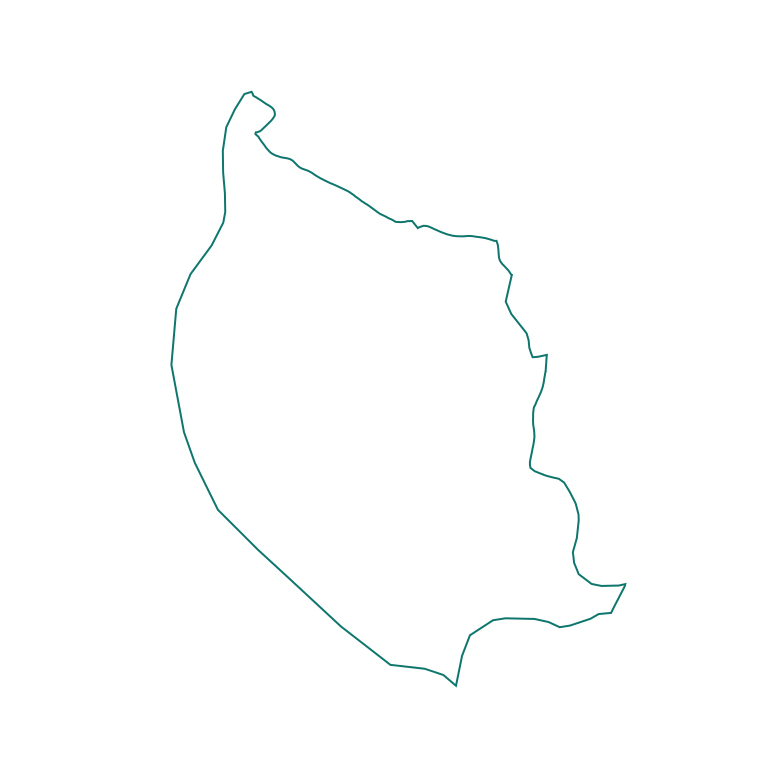 La Guerre, Dauphin, Saint Lucia (Natural Earth projection), rotated 171°
{"feature_id": "8701671B53039174443584", "entity_name": "La Guerre", "entity_type": "district", "adm_level": 2, "iso_a3": "LCA", "parent_name": "Saint Lucia", "parent_adm1": "Dauphin", "projection": "natural_earth1", "projection_center": [-60.926, 14.021], "detail": "fine", "context": "isolated", "style": "outline", "palette": "teal", "viewbox_px": 768, "rotation_deg": 171, "n_neighbors": 0, "source": "geoboundaries", "source_scale": "gbopen_adm2", "svg_char_len": 5587}
<svg xmlns="http://www.w3.org/2000/svg" viewBox="0 0 768 768"><g transform="rotate(171 384 384)"><path d="M573.0,302.8L567.7,285.7L534.5,240.1L509.2,208.2L464.4,151.2L421.6,105.6L388.4,96.4L370.9,87.3L360.1,74.7L349.4,103.4L338.4,122.4L313.3,133.6L300.8,133.6L272.1,128.4L258.8,123.2L248.5,116.3L238.2,116.3L216.9,119.8L208.0,123.2L195.5,122.4L191.4,128.2L187.4,133.6L184.1,138.1L177.9,146.5L177.0,148.6L183.8,148.2L185.0,148.4L200.7,150.5L206.7,152.7L210.3,154.1L219.7,163.9L221.5,165.8L222.4,170.0L224.2,177.5L223.9,184.3L223.8,188.3L220.1,196.3L217.6,201.8L213.0,218.9L212.3,224.7L213.1,233.3L213.4,236.0L214.3,238.9L217.3,248.1L221.1,257.5L221.5,258.5L224.3,261.2L226.1,263.0L227.3,263.5L230.7,264.8L237.4,267.7L238.0,268.0L240.1,269.1L248.8,274.3L251.5,277.2L252.5,278.3L252.5,279.9L252.5,281.3L252.2,283.5L252.0,284.4L250.6,288.3L249.9,290.1L249.8,290.4L248.6,293.5L247.7,296.1L247.4,296.9L245.9,300.9L245.1,303.2L243.8,307.7L243.6,308.8L243.3,311.5L243.2,312.2L243.0,315.5L243.0,317.5L243.0,319.3L243.0,320.9L242.9,321.5L242.8,322.6L242.5,324.5L242.3,326.0L242.0,327.5L241.7,328.9L241.6,329.9L241.3,331.6L240.5,334.6L240.4,335.0L239.6,337.3L239.3,338.0L239.0,338.3L238.5,338.9L238.0,339.6L237.3,340.7L237.0,341.1L236.1,342.8L234.5,345.1L234.1,345.7L233.0,347.3L230.3,351.4L229.9,352.1L227.8,356.1L226.1,360.3L224.4,365.6L223.9,367.0L223.1,369.4L222.5,371.1L222.2,371.3L222.3,371.6L220.9,377.7L220.5,379.2L219.7,383.1L219.0,385.8L218.6,387.3L219.4,387.3L220.2,387.2L223.5,387.0L225.7,386.9L226.9,386.8L228.6,386.9L229.6,386.9L233.0,387.2L233.9,391.3L234.5,395.2L234.8,397.0L234.3,404.4L235.2,411.7L235.8,412.7L236.3,413.7L247.3,433.2L248.1,436.1L250.9,446.3L241.0,471.0L240.7,471.7L241.1,471.8L242.0,473.8L243.3,476.6L246.8,481.8L248.4,484.0L250.0,487.1L250.6,490.0L250.5,493.5L250.0,498.7L249.9,501.3L249.8,502.2L249.9,504.1L250.5,507.8L250.9,507.8L252.7,508.1L255.0,509.4L259.0,511.3L261.5,512.4L265.4,513.7L269.5,514.9L273.9,516.3L277.2,517.0L283.1,517.5L287.6,518.3L289.9,518.8L293.5,519.9L298.1,521.9L301.2,523.6L304.6,525.6L308.0,527.8L309.6,528.8L311.8,530.3L314.5,532.1L316.4,533.1L317.6,533.5L320.2,534.1L324.7,533.3L326.2,532.7L330.7,540.6L331.3,540.6L335.3,541.2L337.5,540.9L342.0,541.2L347.1,542.3L349.8,544.6L351.1,545.5L351.7,545.9L352.3,546.3L353.0,546.7L353.6,547.1L354.1,547.5L354.6,547.9L355.2,548.4L355.7,548.8L356.3,549.2L357.0,549.7L357.6,550.1L358.1,550.5L358.8,551.0L359.4,551.4L360.1,551.8L360.7,552.2L361.3,552.7L361.8,553.1L362.4,553.7L362.9,554.2L363.4,554.7L364.0,555.2L364.4,555.7L364.9,556.2L365.4,556.7L365.9,557.2L366.4,557.8L367.0,558.3L367.5,558.8L368.0,559.4L368.6,559.9L369.2,560.5L369.6,561.0L370.2,561.5L370.7,562.1L371.2,562.6L371.8,563.1L372.3,563.5L372.8,564.1L373.4,564.5L374.1,565.1L374.6,565.6L375.2,566.1L375.8,566.7L376.5,567.3L377.2,567.8L377.7,568.4L378.2,568.9L378.7,569.5L379.3,570.1L379.8,570.7L380.4,571.2L380.9,571.8L381.4,572.2L381.9,572.7L382.5,573.3L383.1,573.9L383.6,574.4L384.1,575.1L384.6,575.6L385.1,576.1L385.6,576.6L386.2,577.1L386.7,577.6L387.3,578.1L387.8,578.7L388.4,579.2L389.0,579.6L389.5,580.1L390.2,580.6L390.9,581.1L391.5,581.5L392.1,581.9L392.9,582.5L393.5,582.9L394.1,583.3L394.7,583.7L395.3,584.1L395.9,584.5L396.5,585.0L397.1,585.3L397.7,585.7L398.3,586.1L398.8,586.5L399.4,586.9L400.2,587.4L400.8,587.8L401.5,588.2L402.0,588.6L402.6,589.0L403.2,589.4L403.8,589.7L404.6,590.2L405.2,590.5L405.8,590.9L406.4,591.3L406.9,591.7L407.6,592.1L408.1,592.5L408.7,592.9L409.2,593.3L410.0,593.8L410.6,594.3L411.2,594.6L411.8,595.1L412.4,595.6L413.0,596.0L413.6,596.4L414.1,596.8L414.8,597.3L415.4,597.8L416.0,598.3L416.5,598.7L417.1,599.2L417.7,599.7L418.2,600.1L418.7,600.6L419.3,601.1L419.9,601.6L420.4,602.1L420.9,602.6L421.4,603.1L421.9,603.6L422.4,604.0L423.0,604.5L423.7,605.0L424.3,605.5L424.8,605.9L425.4,606.3L426.0,606.7L426.5,607.0L427.2,607.3L427.8,607.7L428.4,608.0L429.0,608.3L429.6,608.7L430.2,609.0L430.8,609.3L431.5,609.7L432.0,610.1L432.6,610.5L433.2,611.0L433.7,611.5L434.2,612.1L434.7,612.6L435.1,613.1L435.5,613.7L435.9,614.2L436.3,614.8L436.7,615.4L437.2,616.1L437.7,616.8L438.2,617.5L438.7,618.1L439.1,618.7L439.6,619.2L440.2,619.7L440.7,620.1L441.3,620.5L441.8,620.9L442.4,621.2L443.1,621.5L443.7,621.8L444.5,622.1L445.1,622.3L446.0,622.6L446.6,622.9L447.3,623.0L447.9,623.2L448.6,623.5L449.2,623.7L449.9,623.9L450.5,624.2L451.2,624.5L451.8,624.8L452.5,625.3L453.1,625.6L453.8,625.9L454.4,626.2L455.0,626.5L455.7,627.0L456.3,627.4L456.8,627.8L457.5,628.2L458.1,628.7L458.7,629.2L459.2,629.7L459.7,630.2L460.2,630.8L460.7,631.5L461.2,632.2L461.7,633.0L462.2,633.7L462.6,634.4L463.0,635.0L463.4,635.7L463.8,636.4L464.1,637.1L464.5,637.9L464.8,638.5L465.2,639.4L465.7,640.2L466.0,640.8L466.4,641.5L466.7,642.1L467.0,642.8L467.4,643.4L467.7,644.1L468.0,644.8L468.4,645.5L468.7,646.2L468.9,646.9L469.2,647.6L469.6,648.2L471.6,650.6L471.9,651.3L471.2,652.6L469.8,652.5L468.4,652.8L467.1,653.0L465.9,653.6L464.7,654.4L463.5,655.2L462.4,656.0L461.2,656.8L460.0,657.6L458.8,658.5L457.6,659.3L456.4,660.2L455.2,661.0L454.1,661.9L453.0,662.8L452.0,663.8L451.0,664.9L450.0,666.1L449.5,667.5L449.5,669.1L449.6,670.6L450.0,672.1L450.7,673.5L451.6,674.6L452.6,675.7L453.7,676.7L454.8,677.6L455.9,678.5L457.0,679.4L458.0,680.4L459.1,681.4L460.1,682.4L461.2,683.4L462.2,684.4L463.4,685.3L464.5,686.3L465.6,687.3L466.7,688.1L467.8,689.0L468.2,690.5L468.6,691.9L469.1,693.3L476.6,692.2L488.4,678.5L499.6,662.3L506.7,639.6L509.8,618.1L511.3,597.2L513.9,578.7L517.5,568.5L532.6,547.8L557.9,522.8L577.4,490.8L591.0,436.1L589.1,367.7L583.2,335.8L573.0,302.8Z" fill="none" stroke="#0f766e" stroke-width="2"/></g></svg>